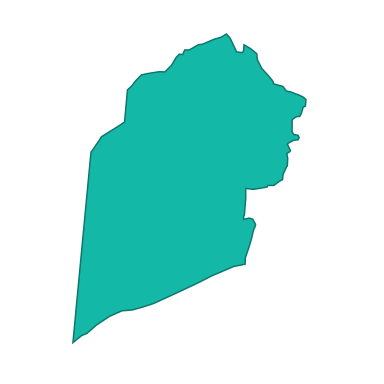 outline of Tanout, Zinder, Niger, rotated 185°
{"feature_id": "23599985B69081741011402", "entity_name": "Tanout", "entity_type": "district", "adm_level": 2, "iso_a3": "NER", "parent_name": "Niger", "parent_adm1": "Zinder", "projection": "natural_earth1", "projection_center": [8.581, 15.143], "detail": "fine", "context": "isolated", "style": "filled", "palette": "teal", "viewbox_px": 384, "rotation_deg": 185, "n_neighbors": 0, "source": "geoboundaries", "source_scale": "gbopen_adm2", "svg_char_len": 1327}
<svg xmlns="http://www.w3.org/2000/svg" viewBox="0 0 384 384"><g transform="rotate(185 192 192)"><path d="M94.9,298.3L97.1,298.7L102.4,300.3L106.8,300.8L110.6,305.1L120.1,306.8L121.2,309.6L125.9,314.4L133.2,321.1L138.5,329.6L139.5,335.4L146.1,339.9L153.0,343.2L152.9,337.3L154.0,335.2L159.8,335.5L167.2,348.3L171.5,352.4L176.6,348.7L183.5,346.0L194.3,340.2L198.6,339.2L207.1,333.3L211.6,332.9L213.3,328.1L216.7,328.2L219.6,324.5L223.5,316.4L229.5,309.3L235.5,308.9L247.0,306.0L252.6,304.2L257.5,298.3L261.2,292.5L265.2,288.1L265.3,255.8L271.2,251.1L287.1,239.1L288.9,235.4L296.1,222.7L296.2,209.5L297.5,31.6L289.6,39.2L284.2,42.1L275.9,50.9L263.4,60.9L251.5,67.5L241.2,69.3L232.0,72.7L220.5,77.6L197.0,91.0L176.8,102.8L165.4,110.0L144.1,121.4L132.8,124.7L133.1,131.2L130.5,141.6L128.6,150.9L127.4,159.5L126.0,163.3L125.9,165.4L129.2,170.3L132.9,171.0L138.1,169.2L138.5,172.2L137.8,173.3L137.9,190.2L138.8,200.2L131.0,200.0L117.8,203.4L117.0,205.1L111.0,205.7L105.7,210.4L102.9,212.2L102.8,217.4L100.0,225.5L99.3,226.3L99.6,234.0L100.9,238.5L98.1,240.7L97.5,241.8L101.1,247.8L100.4,249.0L95.0,252.6L91.0,253.1L90.0,255.5L91.3,257.7L95.8,258.2L97.6,260.9L98.5,272.7L96.6,274.6L93.8,276.5L91.4,276.5L90.1,279.2L88.6,286.2L86.5,287.4L86.5,294.1L89.6,296.3L94.9,298.3Z" fill="#14b8a6" stroke="#0f766e" stroke-width="1.5"/></g></svg>